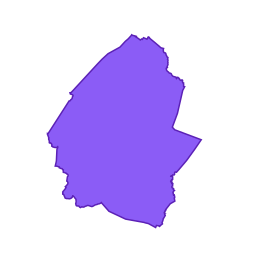 Erongarícuaro, Michoacán, Mexico, rotated 203°
{"feature_id": "50627088B31918104119077", "entity_name": "Erongarícuaro", "entity_type": "district", "adm_level": 2, "iso_a3": "MEX", "parent_name": "Mexico", "parent_adm1": "Michoacán", "projection": "natural_earth1", "projection_center": [-101.71, 19.612], "detail": "fine", "context": "isolated", "style": "filled", "palette": "violet", "viewbox_px": 256, "rotation_deg": 203, "n_neighbors": 0, "source": "geoboundaries", "source_scale": "gbopen_adm2", "svg_char_len": 5353}
<svg xmlns="http://www.w3.org/2000/svg" viewBox="0 0 256 256"><g transform="rotate(203 128 128)"><path d="M195.2,137.8L194.4,136.8L193.9,136.8L192.9,136.9L191.9,136.9L191.7,136.8L191.4,136.6L191.3,136.3L191.2,135.5L191.3,135.2L191.3,134.8L191.0,133.6L191.0,133.0L191.7,131.6L191.9,130.6L192.2,130.2L192.8,129.9L199.4,91.5L200.0,91.5L199.8,91.0L199.8,90.9L199.4,90.4L198.5,89.6L197.9,88.8L197.2,88.2L197.0,87.9L197.0,87.6L196.9,87.2L196.7,87.0L196.7,86.9L196.5,86.4L196.2,86.2L195.5,85.4L195.3,85.1L194.9,84.1L194.7,83.7L194.0,83.6L193.9,83.7L193.7,84.0L193.4,84.0L193.0,83.9L192.9,83.8L192.8,83.6L192.3,83.6L192.2,83.5L191.8,83.2L191.5,82.6L191.3,82.3L191.2,81.8L191.1,81.5L190.2,81.4L189.9,81.2L189.2,81.3L188.0,81.4L186.4,82.0L185.5,82.5L185.6,82.8L185.4,83.3L185.3,83.2L185.1,82.8L185.0,82.3L185.0,82.0L185.1,81.1L185.1,80.8L185.0,80.4L181.2,70.1L181.0,69.4L180.8,68.5L180.1,64.5L179.1,64.9L178.2,65.1L176.8,65.2L176.4,65.4L176.2,65.2L175.9,65.1L175.8,64.6L175.7,64.5L175.2,64.6L173.8,64.5L173.5,64.6L173.2,64.7L172.8,64.8L172.7,64.7L172.4,64.5L171.6,64.2L171.2,64.2L171.1,63.4L170.9,63.3L170.6,62.7L170.4,62.4L170.3,62.0L170.2,62.0L169.6,62.0L168.9,62.2L168.3,62.2L167.8,62.1L167.6,62.2L167.0,62.2L166.6,62.1L166.2,61.7L165.6,61.8L165.3,61.7L164.9,61.4L164.7,61.2L164.6,60.9L164.5,60.5L164.5,60.2L164.6,59.8L164.7,59.3L163.6,55.2L163.2,55.2L162.8,55.0L162.4,54.7L161.9,54.2L161.8,53.9L161.7,53.4L161.6,52.8L161.6,52.7L162.0,51.6L162.3,50.6L162.8,49.5L161.9,49.1L161.9,48.9L161.9,48.0L162.4,46.1L163.1,43.8L163.1,43.6L162.8,43.3L162.7,43.2L162.6,42.9L162.7,42.7L162.2,41.6L161.6,41.7L161.3,41.6L161.0,41.4L160.7,41.1L158.4,38.9L157.1,39.0L156.3,39.3L155.8,39.5L154.4,39.9L153.9,40.1L153.6,40.4L153.4,40.7L153.0,41.0L152.5,41.9L152.3,42.2L152.3,42.4L152.4,42.6L152.4,43.0L152.3,43.5L152.4,44.0L152.2,44.1L151.8,43.9L151.2,43.7L150.3,43.3L149.6,42.8L148.7,42.4L148.3,42.2L147.9,41.8L147.6,41.1L147.2,40.5L147.0,40.0L146.9,39.6L146.8,39.3L146.6,38.0L146.4,37.9L146.2,37.4L145.7,36.7L145.4,36.5L145.1,36.3L144.7,36.3L144.0,36.5L142.9,36.9L142.6,36.9L142.2,36.7L141.9,36.4L141.6,36.3L141.0,36.2L140.6,36.2L140.5,36.4L139.9,37.2L139.8,37.4L139.6,37.5L139.0,37.5L138.5,37.6L138.1,37.8L137.4,38.3L137.2,38.6L136.9,39.1L136.6,39.4L136.0,39.8L135.7,40.1L135.3,40.7L135.1,40.8L134.4,41.1L133.4,41.3L132.5,41.3L131.6,41.4L130.7,41.5L130.2,41.8L129.4,42.7L128.4,44.1L128.0,44.5L127.6,44.8L127.2,45.1L126.5,45.6L126.3,46.0L126.2,46.1L125.2,46.8L124.6,47.2L124.2,47.7L123.5,48.4L123.4,48.9L113.0,43.9L94.6,43.2L76.1,47.4L75.2,47.4L71.9,48.0L63.7,47.2L63.7,47.8L63.7,49.4L61.1,50.1L61.0,49.8L60.5,49.7L59.8,51.4L59.6,51.8L59.5,52.0L58.8,53.2L59.0,53.5L59.3,53.8L59.7,54.2L59.7,56.3L60.1,58.4L60.0,58.5L59.5,62.1L59.7,62.4L60.1,62.4L60.3,62.4L60.8,63.3L61.2,63.8L61.1,64.0L60.9,64.1L61.5,64.3L61.6,64.5L61.5,64.9L61.3,65.8L61.5,65.8L61.4,67.5L61.1,67.5L61.2,68.5L59.5,74.8L56.3,79.0L58.1,81.6L57.8,82.1L58.3,83.2L59.3,84.5L59.8,84.0L61.5,86.4L61.3,86.6L61.4,87.9L61.0,88.3L60.8,88.6L62.4,89.3L62.3,89.9L63.4,90.3L63.9,90.2L64.2,90.4L64.4,90.7L64.7,91.2L64.7,91.4L64.7,91.8L64.5,92.1L64.3,92.2L64.9,93.3L65.7,93.9L65.0,94.3L65.2,94.5L65.5,94.6L65.7,94.8L65.8,94.8L66.3,94.3L66.6,94.6L67.9,95.7L67.7,96.5L67.0,96.3L67.4,97.5L67.0,97.6L66.8,98.1L67.7,100.2L67.7,100.4L68.4,100.7L69.6,100.3L69.6,100.9L68.8,101.3L68.5,101.5L68.6,102.2L67.3,102.7L67.2,102.8L67.0,103.6L67.6,104.8L67.5,105.8L66.9,106.1L66.1,106.2L64.8,110.0L61.4,120.9L58.2,134.9L56.0,145.8L84.3,144.6L87.5,146.1L88.2,160.8L92.3,183.9L92.0,188.1L92.9,187.9L93.1,188.0L93.3,188.8L93.5,189.0L93.7,189.4L93.7,189.7L93.9,190.0L94.1,190.3L94.2,190.6L94.3,190.6L94.5,191.2L95.1,191.0L95.4,191.1L95.6,191.4L95.8,191.7L96.1,192.2L96.1,192.5L96.4,193.2L96.8,193.4L97.2,193.3L97.7,192.8L97.7,192.6L97.9,192.5L98.2,192.5L98.9,192.6L99.3,192.9L99.6,193.0L99.7,193.3L100.1,193.5L100.2,193.4L100.4,193.5L100.6,193.7L100.7,193.8L101.0,193.9L101.4,193.8L101.6,193.9L101.8,194.1L102.2,194.0L102.8,192.5L103.0,192.7L103.2,193.0L103.3,193.4L103.5,193.5L103.9,193.6L104.4,193.4L104.9,193.4L106.3,193.2L106.7,193.2L107.5,193.4L108.1,193.7L108.7,194.2L108.9,194.3L109.0,194.4L109.2,194.7L109.4,194.8L109.6,194.9L109.9,195.0L110.3,195.0L111.4,194.7L111.7,194.8L112.5,195.3L112.9,195.4L113.8,195.5L115.3,196.5L115.8,197.3L116.1,197.9L115.4,199.0L115.8,199.2L115.9,199.3L116.0,201.8L116.1,202.4L116.4,202.7L116.7,203.1L116.8,204.0L117.1,204.2L117.3,204.5L117.4,204.9L117.6,205.8L117.8,206.3L118.1,206.5L118.4,206.6L118.4,206.8L118.4,207.0L118.5,207.4L118.6,207.7L118.7,208.1L118.7,208.4L118.8,208.5L119.1,208.6L119.3,208.5L119.8,208.7L120.0,208.8L120.2,209.2L121.2,209.9L121.8,210.6L121.9,210.8L122.4,211.2L122.5,211.3L122.5,211.5L123.2,211.7L123.3,211.6L123.5,211.7L124.4,211.5L124.6,211.8L125.0,212.0L125.4,212.4L125.5,212.5L125.8,213.3L126.2,213.8L126.2,214.3L126.3,215.1L129.0,214.7L136.5,217.1L143.6,219.2L143.6,219.4L143.7,219.7L144.9,219.8L145.0,219.7L145.1,218.2L145.3,217.2L149.0,217.2L149.4,215.2L149.6,215.2L150.2,215.3L151.1,213.8L152.9,214.3L153.9,214.5L156.6,215.0L156.3,215.6L156.5,215.6L157.3,215.5L158.1,215.4L158.6,215.3L159.3,215.2L159.5,215.1L159.9,215.0L160.3,215.1L161.0,215.3L161.2,214.2L161.6,213.1L161.8,212.5L161.9,212.3L162.0,211.9L162.8,209.8L163.4,208.6L164.3,206.8L167.0,199.3L175.4,188.6L178.8,181.1L181.1,175.0L194.2,138.4L195.2,137.8Z" fill="#8b5cf6" stroke="#5b21b6" stroke-width="1.5"/></g></svg>